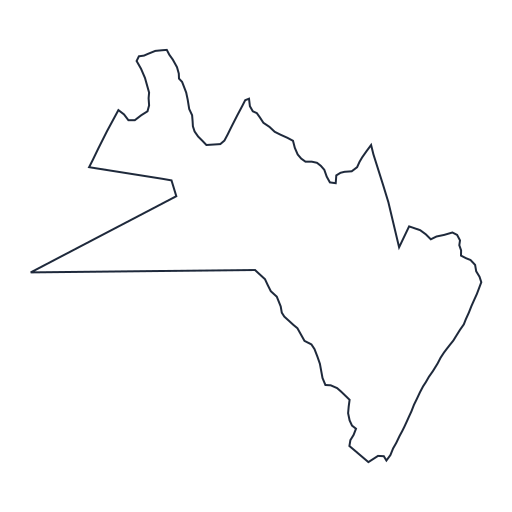 Jequiá da Praia, Alagoas, Brazil (Natural Earth projection)
{"feature_id": "56859067B64881112821563", "entity_name": "Jequiá da Praia", "entity_type": "district", "adm_level": 2, "iso_a3": "BRA", "parent_name": "Brazil", "parent_adm1": "Alagoas", "projection": "natural_earth1", "projection_center": [-36.086, -9.926], "detail": "fine", "context": "isolated", "style": "outline", "palette": "slate", "viewbox_px": 512, "rotation_deg": 0, "n_neighbors": 0, "source": "geoboundaries", "source_scale": "gbopen_adm2", "svg_char_len": 2141}
<svg xmlns="http://www.w3.org/2000/svg" viewBox="0 0 512 512"><path d="M30.7,272.4L255.0,270.0L259.2,273.9L265.0,279.2L267.6,284.8L270.8,291.2L276.8,296.7L280.7,306.4L281.8,312.7L284.3,316.6L293.4,324.9L297.4,328.2L304.5,340.9L311.4,344.4L314.5,349.1L317.4,356.6L319.9,363.8L322.5,378.0L325.4,385.0L330.7,385.3L337.1,388.1L341.2,391.7L349.6,399.8L348.7,406.5L348.1,413.2L349.6,420.4L352.0,425.6L356.0,428.7L353.6,434.9L350.4,440.1L349.4,446.0L368.4,462.1L378.0,455.9L383.8,456.2L386.4,460.5L390.4,455.1L393.1,448.4L396.2,443.0L399.6,435.9L402.2,431.1L404.3,426.9L406.7,421.7L408.9,416.8L411.4,411.4L414.0,404.7L416.9,398.8L420.0,392.2L423.1,386.3L425.8,382.2L428.9,376.8L432.9,371.1L437.6,363.5L440.6,357.7L444.0,352.5L446.8,348.8L450.0,344.7L453.3,340.6L455.7,336.7L460.0,329.8L463.8,324.4L465.8,319.3L468.9,312.5L471.5,305.9L474.0,300.3L476.9,293.9L478.9,288.6L481.3,282.2L479.5,276.7L476.2,271.3L475.1,264.9L470.5,260.0L466.0,258.2L461.0,255.6L461.1,250.4L459.3,245.2L460.0,240.4L457.1,234.9L452.4,232.5L444.2,234.9L436.5,236.5L430.8,239.3L425.8,234.3L420.2,230.2L409.1,226.4L399.1,247.3L388.4,202.3L383.2,185.3L373.4,154.3L371.1,145.0L366.5,151.2L362.2,157.3L359.6,161.7L357.1,167.2L351.7,171.3L344.5,171.8L340.5,172.8L336.3,175.4L335.7,183.2L329.9,182.4L326.7,176.6L324.3,169.8L320.9,165.9L317.0,162.8L311.9,161.7L305.5,161.7L301.2,158.6L297.7,154.5L294.8,147.8L293.0,140.8L287.4,137.8L280.5,134.7L274.7,131.8L269.5,126.9L263.4,122.8L259.8,117.3L256.8,113.1L252.8,111.3L249.9,106.2L249.0,98.7L245.2,100.2L242.4,105.7L237.2,115.5L232.3,125.1L230.1,129.5L227.7,134.4L224.4,140.6L220.3,144.1L206.4,145.0L202.4,140.8L198.1,136.5L194.6,131.5L192.9,126.3L192.6,121.2L192.1,115.2L189.2,109.0L187.7,99.7L186.2,92.6L184.0,86.8L182.1,81.9L179.0,78.6L178.8,73.6L177.0,67.2L172.8,59.6L169.3,54.7L166.8,49.9L162.6,50.2L155.3,50.9L148.1,53.8L144.0,55.6L138.9,56.3L136.6,61.0L141.0,68.7L145.0,78.0L149.1,92.6L148.6,98.2L149.1,105.4L147.5,111.3L141.3,115.2L134.8,120.2L128.4,120.2L124.0,114.4L118.4,110.1L107.1,131.0L98.4,148.3L92.9,159.7L89.1,167.2L162.4,178.8L171.5,180.4L176.3,196.2L30.7,272.4Z" fill="none" stroke="#1e293b" stroke-width="2"/></svg>